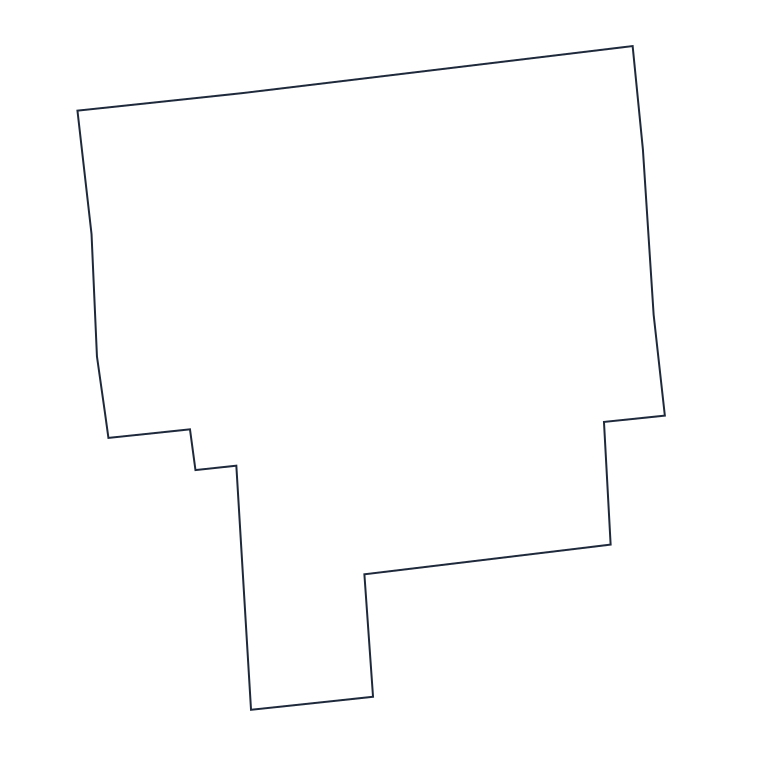 Fayette, Alabama, United States of America, rotated 84°
{"feature_id": "52423323B79974581250794", "entity_name": "Fayette", "entity_type": "district", "adm_level": 2, "iso_a3": "USA", "parent_name": "United States of America", "parent_adm1": "Alabama", "projection": "mercator", "projection_center": [-87.706, 33.72], "detail": "fine", "context": "isolated", "style": "outline", "palette": "slate", "viewbox_px": 768, "rotation_deg": 84, "n_neighbors": 0, "source": "geoboundaries", "source_scale": "gbopen_adm2", "svg_char_len": 389}
<svg xmlns="http://www.w3.org/2000/svg" viewBox="0 0 768 768"><g transform="rotate(84 384 384)"><path d="M73.9,101.4L79.9,495.0L80.1,660.3L204.4,659.2L326.6,666.6L384.2,664.5L408.8,663.7L408.8,581.7L449.9,580.5L449.8,539.4L694.1,550.3L693.9,427.6L571.2,423.4L567.4,175.4L444.7,169.2L444.8,108.0L343.3,108.6L177.9,102.0L73.9,101.4Z" fill="none" stroke="#1e293b" stroke-width="2"/></g></svg>